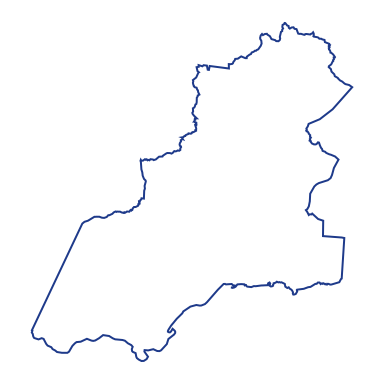 outline of Arjona, Bolívar, Colombia
{"feature_id": "7082276B1318225451124", "entity_name": "Arjona", "entity_type": "district", "adm_level": 2, "iso_a3": "COL", "parent_name": "Colombia", "parent_adm1": "Bolívar", "projection": "orthographic", "projection_center": [-75.362, 10.178], "detail": "fine", "context": "isolated", "style": "outline", "palette": "blue", "viewbox_px": 384, "rotation_deg": 0, "n_neighbors": 0, "source": "geoboundaries", "source_scale": "gbopen_adm2", "svg_char_len": 5938}
<svg xmlns="http://www.w3.org/2000/svg" viewBox="0 0 384 384"><path d="M289.8,28.6L288.8,27.8L288.6,26.0L287.2,25.5L285.3,23.1L284.6,23.0L284.0,24.2L282.6,24.9L282.3,27.0L283.1,28.5L282.2,29.6L282.2,31.1L281.0,31.9L279.8,37.0L280.2,38.3L279.8,40.0L278.5,41.2L276.2,41.1L275.1,40.1L271.5,39.1L269.9,36.2L267.4,34.6L266.9,33.8L264.9,34.0L262.9,35.1L262.0,34.0L260.7,35.5L260.1,37.9L260.3,39.1L261.3,40.7L261.6,43.6L260.7,45.9L258.2,49.4L256.9,49.9L255.9,50.8L255.0,50.7L253.6,51.8L251.7,52.5L250.9,54.1L249.6,54.6L246.8,56.7L246.7,58.1L245.2,58.1L241.2,56.4L237.8,58.7L235.2,58.9L234.7,60.4L233.5,61.7L232.9,63.3L232.4,63.8L230.6,64.2L228.8,64.1L228.9,68.5L209.7,66.0L208.9,69.9L207.7,69.7L206.9,65.6L203.6,65.2L202.4,66.3L198.6,65.1L198.7,66.8L196.6,67.2L197.5,71.1L198.9,72.3L198.4,72.6L196.2,77.5L192.9,80.1L193.3,81.2L192.9,82.8L193.4,85.0L193.9,85.7L193.8,86.2L194.7,87.2L196.6,87.7L197.2,89.7L197.9,90.3L198.2,92.2L199.4,94.6L197.7,95.5L197.7,96.4L196.8,97.7L196.7,102.2L196.3,104.0L195.4,104.5L194.9,106.3L194.3,107.5L192.9,108.3L193.1,111.6L192.3,112.9L192.7,114.0L194.0,115.7L196.7,118.3L195.6,118.3L195.4,119.3L194.8,119.0L194.5,120.9L194.0,121.6L194.6,121.6L194.8,122.1L195.9,122.5L195.6,122.8L196.5,124.0L196.4,124.7L195.8,124.3L195.1,124.8L196.2,128.3L196.1,130.5L195.3,130.3L195.2,131.2L193.3,132.2L192.6,132.1L191.8,132.6L191.7,133.3L190.9,133.7L188.5,133.4L188.3,134.0L186.1,134.9L185.2,135.6L185.2,136.0L184.3,136.1L183.4,137.1L181.8,137.4L182.3,137.6L182.2,138.1L182.8,139.1L182.3,138.9L182.0,139.5L180.8,140.2L181.0,141.3L179.9,143.1L179.6,144.4L179.9,145.8L180.9,146.3L181.1,147.1L180.3,148.3L180.3,150.0L179.1,150.8L177.9,150.4L176.4,151.2L175.2,151.4L174.3,151.1L172.6,153.0L171.5,153.6L170.2,153.1L167.5,153.0L166.5,153.3L162.9,155.7L162.5,156.5L159.0,156.7L155.9,159.4L153.7,160.1L153.0,159.5L150.4,159.2L149.5,160.3L148.4,159.9L147.5,160.3L146.7,159.3L145.8,159.8L145.0,159.2L143.0,160.6L141.8,160.7L141.2,160.6L140.8,159.9L140.5,160.8L140.9,162.2L141.4,169.4L142.3,172.4L142.7,175.7L144.0,178.9L145.6,180.5L145.8,181.5L144.6,185.9L144.9,188.6L144.2,190.7L143.9,198.6L141.5,198.3L141.2,199.5L140.5,199.9L139.8,201.4L139.0,201.3L139.1,202.8L139.6,203.1L139.6,203.7L139.0,203.9L138.6,204.7L138.3,204.5L138.0,205.8L135.6,207.0L134.0,207.0L132.8,208.3L132.3,209.9L131.3,209.8L131.2,210.5L130.4,210.2L129.3,211.7L127.0,211.5L125.3,212.6L124.5,212.3L124.4,212.9L124.0,213.0L121.5,212.4L120.2,211.7L116.8,211.6L116.4,211.9L115.5,211.5L113.7,212.4L112.4,213.8L109.4,215.2L108.3,215.2L106.7,217.0L104.2,217.9L101.9,217.7L99.2,216.7L94.4,216.8L88.0,220.7L84.5,221.8L82.3,223.6L31.9,330.3L32.4,330.7L31.8,332.5L32.7,333.8L33.3,336.6L34.2,338.0L38.5,339.4L41.7,338.2L43.6,338.9L46.2,343.9L47.6,345.6L51.3,347.2L52.6,349.1L55.2,350.5L57.0,352.0L61.9,352.8L67.4,352.8L69.0,351.7L72.4,345.9L74.8,343.4L76.5,342.1L80.7,341.7L86.9,338.8L91.5,340.6L93.2,340.9L95.2,340.5L99.1,338.2L103.1,335.1L109.1,336.0L112.8,338.3L115.1,339.3L122.5,340.0L124.9,340.7L127.9,343.3L131.3,345.1L132.7,346.8L131.8,349.1L132.1,351.1L132.8,351.9L135.6,353.1L136.3,356.8L136.9,358.1L138.8,359.6L141.5,361.0L143.8,360.9L146.6,359.1L148.0,356.7L144.4,351.6L144.6,350.1L148.2,350.4L153.3,349.2L157.2,351.0L159.5,351.1L161.1,350.3L166.8,344.1L168.4,339.0L174.1,334.5L175.2,332.9L175.2,331.6L174.7,330.7L172.6,328.8L171.0,331.5L169.9,332.4L168.7,332.2L167.9,331.7L167.9,331.0L168.6,329.5L171.2,325.5L176.8,318.7L182.3,313.3L183.3,311.4L190.4,306.6L196.3,305.0L199.8,305.6L201.3,305.5L204.9,304.1L206.9,302.3L217.9,289.7L223.6,284.0L225.0,283.9L225.9,284.4L231.7,284.0L232.9,285.2L234.0,285.4L233.7,285.7L233.7,286.8L233.2,287.4L231.0,287.5L232.5,287.9L234.2,287.5L235.6,286.7L237.4,284.4L241.1,284.1L244.2,284.3L244.6,285.2L245.1,284.8L246.0,285.0L246.3,285.9L247.2,286.6L251.3,287.1L253.9,286.1L255.8,286.2L261.1,285.5L267.5,285.2L268.2,283.2L269.5,282.5L270.2,283.5L269.5,285.6L270.9,286.5L272.4,286.2L273.1,285.7L273.1,284.5L273.9,283.6L273.8,283.2L275.6,282.7L276.8,281.7L278.3,282.4L279.4,282.1L280.3,282.5L281.5,282.3L284.8,283.9L285.3,286.6L287.3,288.0L288.7,287.3L289.9,288.8L291.3,289.6L292.1,290.5L293.0,292.3L292.8,293.3L293.2,294.5L293.9,294.6L295.7,294.0L297.2,291.5L296.8,290.0L297.0,289.7L303.8,288.8L308.2,287.2L310.5,286.9L315.3,283.9L316.7,283.8L317.9,282.5L319.5,282.5L320.6,284.0L321.1,283.5L321.9,283.7L322.2,283.4L322.8,283.8L323.6,283.3L325.1,284.3L325.9,283.9L326.2,284.4L327.0,284.6L327.8,283.8L328.6,283.9L330.2,284.6L331.5,284.5L339.3,282.2L341.0,279.0L341.7,278.6L344.3,238.0L341.7,237.5L323.0,236.1L323.2,220.7L318.1,219.0L312.2,213.6L311.5,214.4L309.7,214.3L308.8,215.0L307.3,212.0L305.9,210.1L307.3,209.1L308.8,206.4L309.8,201.4L310.2,193.7L314.3,186.5L316.4,184.5L318.8,183.1L327.9,180.2L330.6,178.1L332.0,175.0L333.9,168.0L338.5,159.6L335.1,156.5L330.8,154.7L329.3,154.3L326.2,152.9L325.2,151.8L322.6,150.9L322.0,148.9L321.0,147.8L319.8,145.1L319.0,142.6L318.0,142.3L316.7,143.9L315.8,144.4L314.0,144.4L312.0,143.5L310.6,141.7L310.8,141.2L309.6,140.6L310.1,139.4L309.9,139.0L310.4,138.5L310.2,137.6L310.7,137.4L310.0,136.4L310.2,135.2L308.7,133.6L308.5,132.7L307.4,131.3L306.6,131.3L306.2,130.6L306.8,129.3L306.4,128.5L307.8,126.4L308.6,123.9L319.8,119.2L332.6,109.3L352.2,87.2L349.1,85.0L345.4,84.1L344.2,83.3L342.3,81.6L340.0,80.4L338.0,78.4L337.8,77.9L334.8,76.2L334.3,74.3L331.5,71.6L330.9,69.1L328.7,67.1L328.9,66.2L331.2,64.4L332.6,61.6L333.2,61.1L333.0,60.2L333.9,59.4L333.7,57.6L334.8,57.5L335.0,57.1L333.2,54.5L331.5,53.0L330.4,52.6L330.4,51.5L329.6,49.9L329.0,49.5L329.1,48.5L328.8,48.1L329.5,47.5L328.8,46.3L329.6,45.8L329.2,45.4L329.7,44.9L329.1,44.6L329.2,43.8L324.9,42.1L324.5,39.9L322.2,39.4L321.5,38.8L319.3,38.7L318.3,37.6L317.2,37.2L313.8,36.6L313.4,36.3L313.8,35.2L313.7,33.5L313.1,32.3L312.1,33.5L310.9,33.9L310.3,34.5L306.5,34.0L305.2,34.1L304.7,34.8L304.1,34.8L300.9,33.8L299.5,33.9L298.2,33.6L296.5,29.1L294.5,28.8L293.5,27.3L291.6,27.5L289.8,28.6Z" fill="none" stroke="#1e3a8a" stroke-width="2"/></svg>